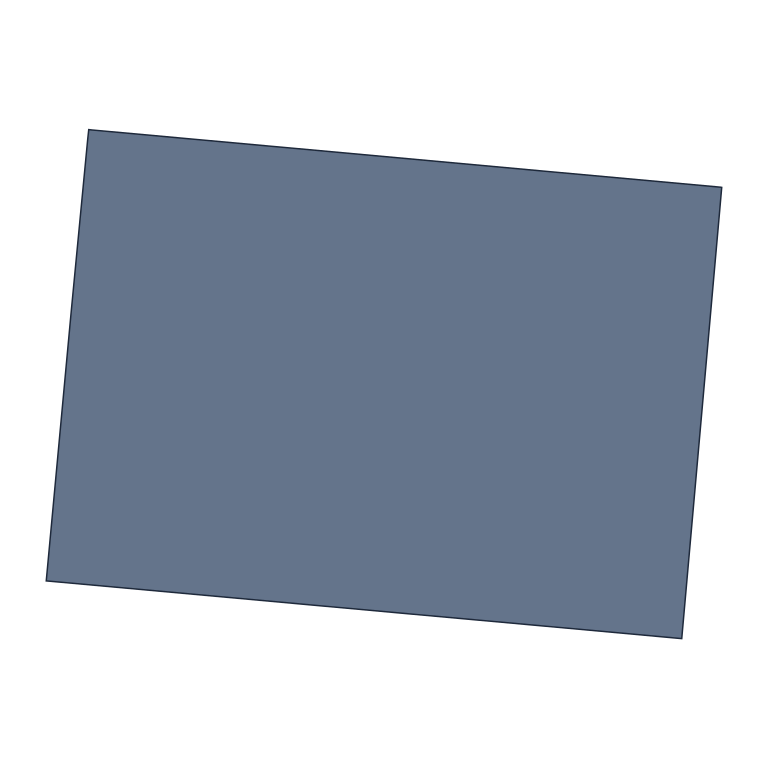 Atreuco, La Pampa, Argentina (Natural Earth projection), rotated 5°
{"feature_id": "61730980B71031057558278", "entity_name": "Atreuco", "entity_type": "district", "adm_level": 2, "iso_a3": "ARG", "parent_name": "Argentina", "parent_adm1": "La Pampa", "projection": "natural_earth1", "projection_center": [-63.75, -37.032], "detail": "fine", "context": "isolated", "style": "filled", "palette": "slate", "viewbox_px": 768, "rotation_deg": 5, "n_neighbors": 0, "source": "geoboundaries", "source_scale": "gbopen_adm2", "svg_char_len": 450}
<svg xmlns="http://www.w3.org/2000/svg" viewBox="0 0 768 768"><g transform="rotate(5 384 384)"><path d="M702.8,611.7L703.3,182.8L703.3,164.5L703.3,159.1L703.3,158.7L702.2,158.6L700.8,158.6L522.2,158.0L255.5,157.0L248.9,157.0L162.6,156.7L70.9,156.4L67.9,156.3L67.7,156.3L67.5,166.2L66.1,338.3L64.7,609.6L70.2,609.6L338.4,610.5L428.5,610.8L497.7,611.0L563.9,611.2L701.5,611.7L702.8,611.7Z" fill="#64748b" stroke="#1e293b" stroke-width="1.5"/></g></svg>